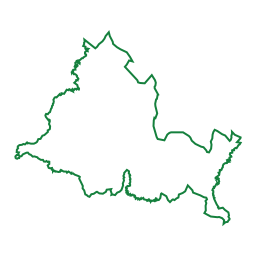 Clemencia, Bolívar, Colombia
{"feature_id": "7082276B89767866766347", "entity_name": "Clemencia", "entity_type": "district", "adm_level": 2, "iso_a3": "COL", "parent_name": "Colombia", "parent_adm1": "Bolívar", "projection": "robinson", "projection_center": [-75.309, 10.562], "detail": "fine", "context": "isolated", "style": "outline", "palette": "green", "viewbox_px": 256, "rotation_deg": 0, "n_neighbors": 0, "source": "geoboundaries", "source_scale": "gbopen_adm2", "svg_char_len": 5790}
<svg xmlns="http://www.w3.org/2000/svg" viewBox="0 0 256 256"><path d="M223.6,223.8L225.5,222.2L227.6,221.9L228.5,220.3L229.4,219.6L229.6,218.8L228.4,216.7L229.0,215.5L228.4,212.4L224.9,209.9L222.8,207.7L218.7,208.6L218.0,207.4L218.4,206.9L216.8,204.6L214.1,198.8L213.9,197.9L214.4,197.7L213.5,196.7L213.7,195.4L213.1,195.2L212.9,193.3L213.3,193.0L213.3,191.0L212.4,190.2L213.0,188.6L214.1,188.2L214.4,187.3L213.8,187.3L213.8,186.7L215.1,186.4L216.5,183.8L217.7,183.8L217.4,182.7L218.1,183.3L218.1,184.0L218.8,183.5L218.7,182.4L219.2,181.5L218.6,179.6L218.8,178.7L218.2,178.2L217.9,179.4L216.6,179.6L217.0,178.6L216.3,178.1L215.6,178.2L215.6,177.6L219.1,175.1L219.3,174.5L218.6,172.8L219.6,172.7L219.8,170.0L220.5,170.0L220.7,170.4L221.6,169.7L221.9,168.4L222.8,167.3L222.9,165.6L223.5,164.3L225.1,163.2L227.8,163.0L226.9,163.0L226.7,162.5L227.0,162.1L228.6,161.9L227.5,161.1L227.0,160.1L228.3,159.5L229.1,160.6L230.1,160.5L229.5,157.6L231.4,156.7L231.1,156.0L230.6,156.0L229.8,154.4L230.2,153.1L232.3,152.7L232.4,151.6L232.0,150.8L232.3,150.1L234.1,150.2L234.1,149.0L235.5,147.9L236.6,148.2L238.5,145.1L239.7,144.4L240.6,142.8L237.0,142.2L240.4,138.3L240.6,137.4L234.8,134.8L232.0,131.8L232.1,133.6L231.3,136.0L231.5,137.5L230.8,139.8L229.7,140.9L225.2,135.5L222.1,134.2L217.3,131.0L214.7,129.8L213.4,132.0L212.6,134.6L212.3,138.5L210.8,141.6L211.5,144.6L211.1,148.7L209.0,152.4L207.0,152.0L206.3,150.4L203.5,147.2L201.2,146.7L195.4,143.9L191.8,140.7L190.3,137.5L188.9,136.0L183.0,132.3L171.2,132.3L169.4,132.9L167.3,134.6L164.4,140.3L157.7,139.0L156.6,136.9L153.5,126.1L153.8,120.3L154.4,117.7L155.4,118.2L157.2,113.4L155.4,106.1L155.2,103.7L156.1,99.4L156.9,98.9L157.6,95.0L158.2,94.7L154.7,88.3L154.6,86.7L155.4,85.6L155.8,82.7L155.0,80.2L151.8,75.1L144.7,83.3L140.2,83.0L138.1,82.4L137.4,80.3L124.9,66.8L126.7,64.7L129.1,60.5L132.5,61.4L130.0,56.9L126.8,52.3L120.5,49.3L117.0,47.2L113.1,43.9L112.7,41.7L109.8,36.1L108.8,32.2L105.6,36.1L104.5,38.6L102.5,41.3L98.9,44.2L97.1,46.8L95.3,48.3L84.4,39.6L84.7,41.8L84.0,42.9L84.2,44.0L83.2,46.0L85.5,46.7L85.3,48.6L86.0,49.5L87.2,48.5L88.4,48.8L87.4,49.7L87.7,51.2L86.5,50.9L85.0,52.2L85.0,53.8L86.1,54.5L86.1,55.7L83.3,57.5L82.9,58.2L81.7,58.3L80.3,59.8L78.9,60.4L78.7,61.5L79.7,62.6L79.6,63.6L77.5,62.1L77.9,61.1L77.7,60.5L76.6,60.9L76.5,61.7L75.3,62.8L75.6,64.6L77.2,64.4L77.6,65.8L76.3,67.0L76.1,65.9L75.1,65.6L74.6,66.7L75.6,67.6L75.2,68.9L75.4,69.6L73.2,69.8L72.8,70.3L73.1,70.7L71.7,72.2L71.9,73.1L72.5,72.1L73.2,72.1L73.9,74.2L75.3,74.2L76.2,74.9L77.0,75.8L76.8,76.6L78.4,78.7L78.3,79.1L77.5,79.6L77.6,80.3L76.2,80.1L76.1,81.0L74.3,82.8L77.3,85.0L77.7,86.9L79.0,88.5L78.9,89.5L78.6,89.5L77.7,88.2L76.5,89.5L75.9,88.9L75.0,88.8L74.3,89.7L73.6,89.5L73.6,90.1L72.3,89.9L72.8,91.4L71.9,90.9L71.9,89.7L71.0,90.6L69.5,89.2L68.9,89.4L68.6,90.2L66.7,89.7L64.1,93.8L61.7,93.3L61.8,93.9L61.4,93.9L61.1,94.9L60.3,95.2L59.6,94.2L56.6,97.4L56.0,97.1L54.7,97.5L53.4,99.8L53.8,101.3L53.4,103.3L52.9,103.7L52.8,105.3L52.0,106.0L51.8,107.8L51.1,108.6L50.0,112.1L48.9,112.7L47.8,114.2L46.1,113.9L45.4,115.3L45.8,116.8L48.5,120.3L49.0,119.6L49.7,120.0L49.8,121.3L49.0,124.0L50.1,126.2L49.9,128.7L49.7,129.3L47.7,130.4L47.9,131.9L44.3,135.1L42.4,135.7L40.5,138.9L38.3,139.1L37.1,141.8L35.8,142.8L33.8,143.7L31.1,143.7L28.7,143.1L27.6,143.4L27.0,142.5L25.0,144.4L23.3,144.0L22.0,144.8L19.4,145.1L17.8,146.4L17.7,147.4L18.1,148.2L16.9,149.7L16.7,152.1L18.9,152.4L18.3,153.7L18.9,155.3L16.8,154.9L15.4,156.4L15.6,157.9L16.3,158.5L17.3,158.7L18.5,157.9L19.2,158.0L19.7,156.3L21.5,156.2L22.8,154.4L26.5,152.7L27.9,152.6L29.3,154.3L30.7,154.7L32.7,156.6L34.4,156.4L37.4,157.3L38.0,158.2L40.9,159.9L43.0,159.9L43.9,161.5L45.4,161.7L46.5,161.0L47.6,162.0L48.7,161.5L49.3,161.7L49.3,164.0L47.7,165.4L48.7,167.9L50.1,168.3L51.9,168.0L51.8,169.4L52.6,169.5L52.4,170.1L53.0,170.5L53.0,171.1L53.5,170.4L54.4,170.7L54.5,171.3L55.3,171.4L55.2,172.3L55.8,171.3L58.4,172.0L60.0,171.8L60.2,170.9L60.9,170.9L60.7,170.1L60.9,169.9L63.6,171.5L66.4,171.6L67.0,172.7L68.5,171.5L70.8,173.1L71.4,172.8L71.5,173.8L73.1,173.4L74.6,174.6L78.8,176.2L79.8,176.9L79.2,178.6L82.8,186.0L82.6,188.4L84.2,190.4L85.3,194.4L86.8,195.1L87.9,196.2L89.5,196.8L91.4,194.2L93.7,193.8L96.5,191.9L97.0,191.8L99.4,193.4L102.9,193.7L105.9,191.8L106.7,189.7L111.2,189.1L110.6,190.5L111.7,193.6L111.4,194.9L112.7,194.5L115.1,195.1L117.2,192.6L119.6,191.7L121.5,189.9L123.1,185.3L122.8,183.6L124.0,180.5L123.5,178.3L124.3,177.5L123.4,176.0L124.2,174.2L124.2,172.9L126.9,169.9L129.0,171.3L128.8,173.5L129.9,174.5L130.2,175.5L129.6,175.8L129.7,177.0L130.5,179.0L129.9,179.5L130.3,181.0L130.2,182.5L129.5,183.5L130.1,184.2L130.1,185.6L128.4,186.2L127.4,186.0L127.0,186.8L125.9,187.4L126.0,188.1L126.8,188.6L126.1,190.1L127.5,190.7L127.3,191.4L126.4,191.4L126.3,192.4L127.9,192.4L127.2,193.8L127.3,194.1L128.2,194.8L129.0,194.1L129.8,194.7L130.1,194.4L130.3,195.6L131.2,195.6L131.6,194.8L132.7,194.6L133.2,195.4L134.3,195.3L134.5,196.7L135.2,196.4L135.7,198.8L136.2,198.5L135.9,198.0L138.1,198.2L138.1,199.2L138.5,199.0L139.3,199.5L140.2,198.6L140.4,197.8L140.4,198.8L141.0,198.2L141.3,199.0L143.3,197.9L144.0,199.4L146.8,200.0L147.2,200.9L148.5,200.4L148.3,199.6L148.8,199.3L149.4,200.6L149.9,200.2L150.7,200.8L150.8,201.6L151.5,200.7L152.0,201.0L153.9,200.1L154.2,201.1L154.6,201.2L154.8,200.7L155.4,200.8L155.3,199.6L155.9,198.3L156.6,198.6L157.2,200.2L158.8,200.0L160.3,198.0L161.0,193.9L161.5,193.4L166.3,196.2L168.0,200.1L170.0,202.1L172.2,199.8L173.0,199.4L174.5,200.1L176.5,198.4L178.4,197.5L178.9,194.5L182.7,193.0L185.2,191.3L187.8,185.4L192.4,190.3L193.1,192.6L200.4,195.4L203.8,197.2L206.3,197.7L207.0,199.3L205.5,201.0L206.3,203.1L205.6,205.8L205.8,210.5L204.4,213.1L210.7,216.5L217.3,217.2L219.2,217.0L222.2,218.2L224.1,220.2L223.6,223.8Z" fill="none" stroke="#15803d" stroke-width="2"/></svg>